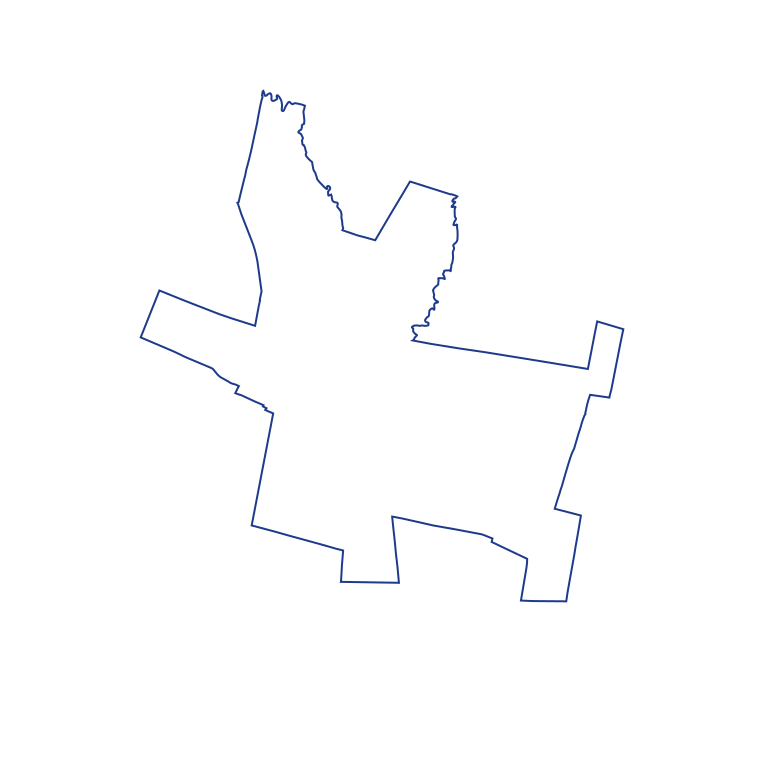 outline of Mizil, Prahova, Romania, rotated 39°
{"feature_id": "2599482B63196712771897", "entity_name": "Mizil", "entity_type": "district", "adm_level": 2, "iso_a3": "ROU", "parent_name": "Romania", "parent_adm1": "Prahova", "projection": "mercator", "projection_center": [26.445, 45.004], "detail": "fine", "context": "isolated", "style": "outline", "palette": "blue", "viewbox_px": 768, "rotation_deg": 39, "n_neighbors": 0, "source": "geoboundaries", "source_scale": "gbopen_adm2", "svg_char_len": 6105}
<svg xmlns="http://www.w3.org/2000/svg" viewBox="0 0 768 768"><g transform="rotate(39 384 384)"><path d="M165.6,500.9L199.2,491.3L207.2,489.3L211.0,488.5L216.1,487.1L239.9,480.2L241.8,480.0L242.8,480.2L243.7,480.4L248.5,481.4L251.3,481.6L253.3,481.5L261.5,480.0L263.9,479.8L266.1,479.1L269.6,477.6L272.6,477.0L272.7,478.3L274.2,484.7L278.0,483.4L279.8,482.6L294.9,478.8L303.7,476.3L304.0,477.6L307.9,476.8L308.0,478.9L308.6,478.8L316.4,476.6L370.2,577.2L392.1,567.4L405.2,561.8L423.4,553.8L443.2,545.2L449.9,542.4L457.0,539.1L465.3,551.2L474.0,563.3L475.0,564.9L520.7,529.1L509.4,517.5L500.0,508.3L491.1,499.2L480.3,488.5L473.8,481.9L474.4,481.5L483.1,476.9L511.4,462.9L531.2,451.9L554.2,439.5L555.9,438.8L565.5,435.8L567.1,439.0L605.3,429.8L607.8,433.1L610.5,437.4L626.7,466.1L633.1,461.4L636.8,458.6L662.4,438.2L658.0,430.8L652.4,420.7L639.2,396.7L635.1,389.6L633.2,386.1L627.0,375.0L619.8,362.3L595.2,373.5L591.7,365.0L589.3,358.6L587.6,354.6L586.5,351.4L581.7,340.1L577.2,329.2L574.8,323.0L573.5,319.1L572.4,314.5L566.7,300.9L564.7,295.7L563.9,293.6L562.7,291.0L560.8,286.1L560.3,284.3L559.7,282.8L559.5,280.5L558.6,279.9L557.7,277.7L555.4,273.4L552.8,267.6L551.0,262.7L567.7,252.7L567.0,251.5L564.0,244.9L542.0,203.4L535.5,190.8L510.3,201.2L516.5,213.0L533.0,244.0L477.9,275.4L443.2,295.3L418.9,309.7L395.2,323.3L378.9,332.1L379.3,330.8L379.2,330.0L378.9,329.5L378.7,328.6L378.7,328.1L379.0,325.7L378.9,325.3L378.4,325.2L376.6,325.4L375.2,325.2L373.8,324.8L373.1,324.3L372.1,322.8L371.8,322.6L370.2,322.5L369.9,322.2L369.9,321.7L370.1,321.0L370.5,320.0L370.7,319.6L371.4,319.0L373.1,317.4L375.0,316.5L376.7,314.6L377.8,313.9L378.8,313.3L379.8,312.6L381.3,310.9L381.4,310.5L381.4,310.2L380.9,309.7L380.4,308.7L379.7,308.6L377.4,309.4L376.5,309.2L376.1,308.9L375.8,308.6L375.6,308.2L375.4,306.0L375.4,305.4L376.0,303.6L375.9,302.7L375.7,302.2L373.4,298.9L373.2,298.5L373.1,298.1L373.1,297.5L373.2,296.2L373.5,295.6L374.0,294.7L374.6,294.6L375.7,294.9L376.1,294.7L376.2,294.3L376.0,294.0L374.4,292.1L374.0,291.8L373.1,290.8L372.8,290.1L372.9,288.9L373.2,288.3L374.5,286.7L374.4,286.4L374.2,286.1L373.7,286.1L371.8,286.5L371.1,286.4L370.3,286.3L368.7,285.7L367.7,284.8L367.4,283.9L366.9,283.2L363.1,280.3L363.0,279.4L362.8,279.0L362.7,277.9L363.0,275.3L363.5,273.2L363.5,272.5L363.3,272.3L362.0,270.5L361.3,269.2L360.7,268.6L359.8,267.9L359.9,267.3L360.4,266.9L362.6,265.2L363.7,264.6L365.0,264.3L365.1,264.1L364.9,263.8L363.2,262.6L362.5,262.2L361.2,261.8L360.8,261.5L360.5,260.9L360.3,259.5L359.6,258.2L359.7,257.9L360.1,257.5L361.3,256.2L363.1,254.7L363.4,254.5L364.6,254.4L364.7,253.9L363.4,252.4L363.1,251.8L363.0,251.3L361.5,249.2L361.2,248.5L361.0,247.5L360.8,246.8L358.5,242.8L357.4,241.4L355.4,239.3L354.8,238.6L354.2,237.5L353.5,235.2L353.1,234.5L352.5,233.9L351.8,233.5L351.0,233.2L350.6,232.7L350.5,232.4L350.4,231.9L350.9,228.5L350.8,227.4L350.7,226.8L350.1,225.5L348.6,223.4L347.9,222.6L347.4,221.8L344.3,218.2L342.7,216.8L341.6,215.6L340.8,214.4L340.4,214.3L340.1,214.4L339.8,215.1L339.3,215.8L338.7,216.4L338.3,216.6L337.9,216.6L337.7,216.5L336.7,213.9L336.5,212.8L336.4,211.4L336.0,210.3L335.6,210.0L334.2,209.6L333.4,209.0L330.4,205.6L328.8,203.5L328.5,202.6L328.4,201.9L328.2,201.5L327.9,201.5L327.3,201.8L325.8,203.4L325.4,203.7L325.0,203.7L324.7,203.0L325.0,201.6L325.0,201.1L324.8,200.7L324.8,199.8L325.0,198.4L324.9,197.9L324.5,197.8L324.0,197.8L323.7,198.0L323.0,198.9L322.5,199.1L322.1,199.0L321.9,198.7L321.7,197.7L321.6,197.1L321.7,196.3L321.8,195.8L322.7,194.7L322.8,194.2L322.9,192.1L321.1,192.5L316.8,194.2L316.5,194.7L277.5,210.0L276.8,210.4L278.9,224.6L282.3,248.6L286.7,277.8L277.6,281.7L270.1,285.1L254.9,290.7L254.1,288.4L252.8,287.6L251.8,286.8L250.3,285.2L248.3,283.2L247.6,282.6L247.2,282.4L246.6,281.9L246.0,281.3L244.5,279.1L243.5,278.4L242.6,277.5L241.6,277.0L238.8,276.2L237.4,276.0L236.0,275.6L234.7,273.1L234.3,272.7L234.0,272.6L233.3,272.6L231.0,273.9L229.6,274.1L228.6,273.9L228.1,273.6L226.4,272.2L225.2,271.0L223.7,270.1L222.8,271.9L222.4,272.4L222.0,272.4L221.3,271.8L220.2,270.6L219.4,269.5L219.5,267.5L219.4,266.4L218.9,265.6L218.6,265.3L217.5,264.9L217.0,264.9L216.2,265.1L215.8,265.4L215.5,266.1L215.6,266.6L217.0,267.8L217.0,268.0L216.8,268.4L216.6,268.6L216.3,268.6L214.0,268.6L206.8,267.7L204.0,267.1L202.8,266.7L201.4,265.5L198.9,264.0L198.2,263.4L197.5,263.0L195.4,262.4L194.7,262.1L193.5,261.2L188.4,256.8L184.1,256.6L182.8,256.4L180.4,255.9L179.1,255.2L178.7,254.9L178.3,253.9L178.1,253.3L177.9,252.8L177.6,252.6L176.6,252.2L173.4,249.7L172.5,249.4L172.0,249.3L171.6,248.9L171.3,248.8L170.9,248.9L170.5,249.2L170.0,249.1L169.4,248.7L168.3,247.5L167.5,247.0L167.1,246.5L166.3,244.1L165.9,243.7L165.4,243.4L162.5,242.1L161.7,242.0L161.0,242.1L159.8,242.4L159.1,242.2L158.9,242.1L159.0,241.8L158.7,240.7L158.7,240.4L159.4,239.0L159.5,238.8L159.4,238.0L159.2,237.4L158.9,237.0L158.8,236.4L158.6,236.0L157.7,235.1L157.5,234.8L157.4,234.5L157.4,234.2L157.5,233.5L158.0,232.6L158.1,232.0L157.9,231.9L156.5,229.6L155.0,228.0L150.3,223.4L149.5,222.1L149.0,220.6L148.0,218.8L147.4,217.5L144.6,218.4L140.5,220.4L137.9,221.9L136.9,224.1L136.4,224.3L135.0,224.4L133.4,224.2L132.6,224.7L132.4,225.3L132.4,226.7L132.9,230.4L133.7,233.1L133.9,234.0L134.0,234.9L133.6,235.5L133.2,235.7L132.6,235.8L131.7,235.0L130.0,232.4L128.9,231.0L125.7,228.3L123.8,227.5L121.8,226.8L120.3,226.6L119.6,226.6L119.2,227.1L119.3,227.9L120.8,229.0L121.5,229.7L121.4,230.4L120.3,233.1L119.4,234.0L118.8,234.2L118.0,234.1L117.5,233.8L115.4,231.0L114.2,230.1L113.3,229.7L112.6,229.7L112.2,230.1L111.3,232.2L111.2,233.6L110.8,234.3L110.3,234.8L110.0,234.9L109.6,234.9L109.2,234.4L107.7,233.3L105.8,232.2L105.6,233.0L107.5,236.4L109.0,237.4L110.1,240.2L113.2,246.5L119.4,258.0L120.9,260.5L126.7,272.1L133.1,284.6L137.9,294.6L142.3,304.5L145.2,309.9L145.9,311.7L153.7,328.3L156.6,334.2L156.0,335.4L157.6,336.2L166.1,341.7L190.3,355.5L195.2,358.4L198.3,360.5L202.7,363.7L206.6,366.8L208.7,368.6L230.6,389.1L232.0,392.0L234.8,397.2L235.1,397.2L237.8,402.6L247.2,419.9L224.0,429.0L211.7,433.5L177.3,444.5L150.6,452.7L165.6,500.9Z" fill="none" stroke="#1e3a8a" stroke-width="2"/></g></svg>